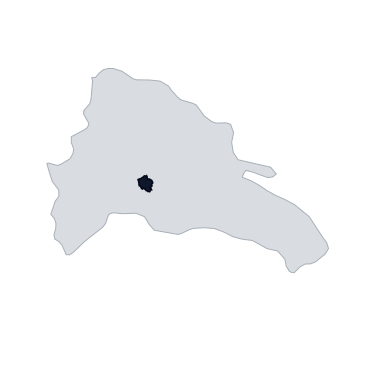 Guayabal, Azua, Dominican Republic shown in context, rotated 17°
{"feature_id": "3306468B24687357743066", "entity_name": "Guayabal", "entity_type": "district", "adm_level": 2, "iso_a3": "DOM", "parent_name": "Dominican Republic", "parent_adm1": "Azua", "projection": "mercator", "projection_center": [-70.748, 18.718], "detail": "fine", "context": "in_parent", "style": "filled", "palette": "ink", "viewbox_px": 384, "rotation_deg": 17, "n_neighbors": 0, "source": "geoboundaries", "source_scale": "gbopen_adm2", "svg_char_len": 4012}
<svg xmlns="http://www.w3.org/2000/svg" viewBox="0 0 384 384"><g transform="rotate(17 192 192)"><path d="M63.5,254.6L63.9,240.7L66.0,235.0L64.0,229.1L55.2,222.7L49.7,214.6L44.9,207.3L46.0,206.3L55.6,206.0L59.0,203.3L65.6,195.9L66.9,189.9L66.3,185.4L62.1,180.0L60.4,174.3L65.6,169.3L72.5,162.1L73.4,159.3L73.3,156.5L65.3,148.9L64.8,145.6L68.5,137.3L68.1,131.8L64.4,114.6L62.7,112.0L66.2,110.6L68.5,105.4L71.6,100.9L75.8,98.4L80.5,96.9L89.8,97.0L102.7,101.0L106.3,100.9L118.7,97.3L129.0,95.3L138.6,97.6L142.5,100.7L150.5,105.6L154.5,107.1L167.1,107.0L170.6,107.5L181.2,115.6L190.1,118.9L195.2,119.0L204.5,115.9L209.1,116.0L214.4,123.0L215.4,132.9L219.8,142.0L226.6,147.7L259.9,145.3L267.3,150.1L264.8,154.0L260.1,156.1L244.2,155.2L237.3,155.6L235.9,159.5L235.9,163.2L245.2,164.0L254.2,165.9L263.5,168.8L272.9,170.8L283.5,172.1L293.9,174.2L311.3,181.3L330.6,197.4L335.7,201.1L339.1,206.2L337.5,212.4L330.6,222.6L326.7,225.9L321.1,227.9L317.2,232.0L313.4,239.2L311.1,239.8L308.4,239.5L303.8,235.4L300.5,229.2L291.2,223.4L280.2,224.2L263.9,220.7L254.1,222.4L244.3,222.8L234.2,221.0L224.1,220.4L214.0,222.6L204.2,226.3L200.6,228.7L194.3,234.5L190.9,236.7L167.1,239.6L160.2,235.3L153.8,229.5L144.7,228.7L131.4,233.2L123.0,234.8L119.7,236.8L118.7,239.0L118.6,247.1L116.8,252.0L103.8,270.6L96.5,283.8L93.5,287.8L90.0,288.7L83.6,281.2L79.5,278.4L74.5,277.1L72.4,273.0L72.5,267.3L71.1,261.8L68.0,257.5L63.5,254.6Z" fill="#d9dde1" stroke="#a8b0b8" stroke-width="1"/><path d="M152.8,201.8L152.7,201.6L151.9,200.8L151.7,200.6L151.6,200.4L151.5,200.2L151.4,200.2L151.3,200.3L151.0,200.4L150.9,200.5L150.7,200.4L150.5,200.2L150.6,199.9L150.9,199.7L151.0,199.6L151.1,199.1L151.1,198.9L151.3,198.7L151.6,198.5L151.7,198.4L151.8,198.4L151.9,198.2L152.0,198.0L152.0,197.9L151.9,197.8L151.8,197.6L151.7,197.4L151.4,197.0L151.3,196.9L151.2,196.7L151.1,196.4L151.1,196.2L151.4,195.7L151.5,195.7L151.7,195.2L151.8,195.0L151.8,194.8L151.7,194.7L151.7,194.4L151.5,194.1L151.4,194.0L150.9,193.7L150.6,193.3L150.5,193.1L150.4,192.9L150.2,192.7L149.8,192.5L149.3,192.5L149.0,192.5L148.9,192.5L148.7,192.4L148.3,192.3L148.2,192.2L147.9,192.1L147.7,192.1L147.4,192.0L147.2,192.1L146.9,192.1L146.7,192.2L146.5,192.3L146.2,192.5L145.9,192.7L145.7,192.7L145.3,192.4L145.2,192.2L145.1,191.9L145.0,191.7L144.9,191.3L144.9,191.2L144.8,190.9L144.6,190.6L144.5,190.4L144.4,190.1L144.0,189.8L144.0,190.0L143.9,190.2L143.8,190.3L143.7,190.5L143.4,190.5L143.1,190.4L142.8,190.3L142.5,190.3L142.2,190.3L141.9,190.4L141.8,190.5L141.7,190.6L141.5,190.8L141.4,190.9L141.3,191.0L141.2,191.3L141.0,191.6L141.0,191.8L140.8,192.0L140.7,192.2L140.7,192.3L140.5,192.5L139.9,193.1L139.7,193.3L139.6,193.5L139.4,193.8L139.2,194.0L138.9,194.2L138.7,194.3L138.3,194.7L138.2,194.8L137.9,194.9L137.8,195.0L137.5,195.2L137.4,195.3L137.2,195.4L137.1,195.5L136.9,195.6L136.7,195.8L136.7,196.0L136.8,196.2L136.9,196.3L137.1,196.4L137.2,196.6L137.4,196.7L137.6,196.8L137.8,196.9L137.8,197.0L137.9,197.3L137.9,197.7L137.9,197.8L137.9,198.0L138.0,198.1L138.4,198.5L138.5,198.6L138.6,198.8L138.6,199.1L138.8,199.4L138.8,199.5L138.9,199.8L139.0,200.2L139.1,200.4L139.3,200.6L139.3,200.8L139.7,201.4L140.0,201.2L140.3,201.2L140.5,201.3L140.7,201.5L140.8,201.7L140.9,201.8L141.0,201.8L141.3,201.9L141.5,201.9L141.8,202.0L141.9,202.3L142.0,202.6L142.0,202.8L142.2,203.0L142.3,203.0L142.5,203.1L142.8,203.3L142.9,203.5L143.0,203.5L143.3,203.6L143.6,203.7L143.8,203.7L143.9,203.2L144.0,203.0L144.0,202.9L144.5,202.6L144.8,202.6L145.0,202.7L145.1,202.8L145.4,202.8L145.5,202.9L145.8,203.0L146.0,203.0L146.4,203.1L146.5,203.1L146.9,203.5L147.2,203.6L147.3,203.7L147.7,204.0L147.8,204.1L148.1,204.0L148.3,204.0L148.6,204.0L148.8,204.1L149.1,204.2L149.3,204.3L149.6,204.4L149.7,204.5L149.8,204.5L149.9,204.4L150.1,204.3L150.3,204.2L150.5,204.1L150.8,204.1L151.1,204.1L151.4,204.2L151.5,204.2L151.7,203.8L151.6,203.6L151.5,203.3L151.5,203.0L151.5,202.7L151.6,202.4L151.7,202.2L151.8,202.1L152.0,202.1L152.4,201.9L152.8,201.8Z" fill="#0f172a" stroke="#020617" stroke-width="1.5"/></g></svg>